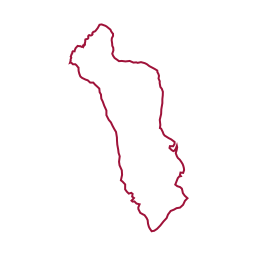 outline of Kritou Marottou, Paphos, Cyprus, rotated 308°
{"feature_id": "46923920B67304422398861", "entity_name": "Kritou Marottou", "entity_type": "district", "adm_level": 2, "iso_a3": "CYP", "parent_name": "Cyprus", "parent_adm1": "Paphos", "projection": "albers", "projection_center": [32.584, 34.945], "detail": "fine", "context": "isolated", "style": "outline", "palette": "rose", "viewbox_px": 256, "rotation_deg": 308, "n_neighbors": 0, "source": "geoboundaries", "source_scale": "gbopen_adm2", "svg_char_len": 2889}
<svg xmlns="http://www.w3.org/2000/svg" viewBox="0 0 256 256"><g transform="rotate(308 128 128)"><path d="M143.8,42.1L144.2,42.3L144.5,43.6L144.3,45.3L145.8,47.3L145.7,48.9L145.1,51.3L145.1,51.8L142.6,53.9L140.8,56.2L139.3,58.7L139.2,60.9L140.0,64.7L140.8,66.9L140.5,70.2L142.4,72.7L141.9,75.3L141.7,78.1L141.4,81.1L138.7,83.7L137.8,86.0L134.7,88.9L133.3,91.8L130.9,95.6L128.5,100.2L124.8,103.1L122.6,107.8L121.9,111.1L120.2,114.5L118.7,117.9L117.5,121.0L113.7,125.1L111.5,126.9L108.3,129.8L105.0,133.5L102.6,135.9L100.6,138.9L95.9,141.7L93.4,144.3L90.8,149.2L87.4,152.2L82.4,154.6L82.4,156.7L81.8,160.5L79.6,162.2L77.9,163.5L77.1,166.3L76.8,169.0L78.9,170.5L78.9,172.2L76.5,173.5L76.5,175.8L75.0,175.7L72.9,175.5L72.8,176.9L74.1,178.3L73.7,181.2L75.0,184.1L71.8,185.0L70.5,186.1L68.7,189.9L69.1,192.7L69.5,194.7L68.6,197.9L67.5,200.2L64.9,202.7L63.0,205.3L62.2,207.0L61.2,210.2L61.9,210.8L63.1,211.9L66.4,213.0L71.0,213.5L76.1,213.5L80.8,213.9L84.4,212.8L88.9,212.7L92.0,214.5L94.7,215.6L97.3,218.0L101.4,218.7L105.7,217.7L109.3,218.1L109.6,214.3L110.5,211.3L112.2,209.3L113.4,207.7L113.5,205.4L112.5,202.7L112.5,200.1L116.5,198.9L119.2,198.1L121.3,198.2L122.6,199.3L123.1,197.8L125.2,196.8L126.6,199.1L129.4,198.1L130.9,196.6L132.2,194.9L133.2,193.3L134.1,190.9L134.9,188.3L135.1,185.7L136.0,183.6L136.8,182.4L137.0,182.0L137.6,181.1L140.7,179.9L143.1,178.6L144.1,177.4L141.2,178.4L138.7,178.5L137.7,178.0L137.5,176.0L137.8,173.0L139.5,172.2L141.4,174.8L144.1,174.5L145.7,173.3L145.6,168.9L145.1,166.4L144.6,161.5L145.1,159.7L146.3,157.8L147.1,156.1L147.9,154.5L147.6,153.2L150.3,151.6L154.0,148.0L159.4,145.5L163.3,142.7L168.7,139.8L171.9,137.3L175.0,135.4L178.0,133.2L179.7,130.5L180.3,128.2L182.9,125.3L184.4,124.2L185.8,121.6L188.2,120.3L189.4,118.5L190.1,116.8L191.3,115.7L191.0,112.9L190.5,110.0L189.9,106.7L189.9,103.5L189.4,101.2L187.9,97.7L185.3,95.5L184.8,94.1L182.9,92.0L181.9,88.1L178.9,85.0L177.0,81.8L175.1,79.7L175.1,77.8L174.9,74.4L175.7,71.9L176.8,69.9L180.2,68.7L182.1,67.0L183.1,65.0L184.8,63.5L187.2,61.0L188.8,60.0L191.4,59.5L193.1,58.1L193.1,57.5L193.8,55.2L194.7,53.6L194.8,48.7L194.6,47.2L193.4,43.5L192.6,42.7L191.8,42.0L189.9,42.3L188.1,42.6L186.1,42.6L184.5,42.6L183.4,42.3L182.9,41.9L182.5,41.5L181.3,41.5L180.7,41.5L180.2,42.2L180.1,42.3L179.2,42.4L178.3,42.0L177.6,41.2L177.3,40.2L176.7,40.0L175.8,40.1L175.0,40.9L174.3,41.4L173.7,41.4L173.1,41.1L172.3,40.4L171.6,39.9L170.9,40.2L170.3,40.7L169.5,41.3L168.6,41.6L168.0,42.1L167.1,42.8L166.7,42.7L165.6,42.6L164.8,42.7L165.3,41.9L163.8,42.1L163.4,41.5L163.1,40.0L162.7,39.5L162.2,38.8L161.7,37.8L160.5,37.7L159.0,37.6L158.3,37.6L157.6,37.9L156.5,38.2L155.5,38.7L154.4,37.3L153.5,37.4L152.3,38.2L151.4,38.1L150.7,38.4L149.0,39.0L148.9,39.0L148.6,39.9L148.5,40.0L148.0,40.2L147.1,40.4L146.1,40.9L145.8,41.4L145.7,41.5L144.5,41.8L144.1,42.0L143.8,42.1Z" fill="none" stroke="#9f1239" stroke-width="2"/></g></svg>